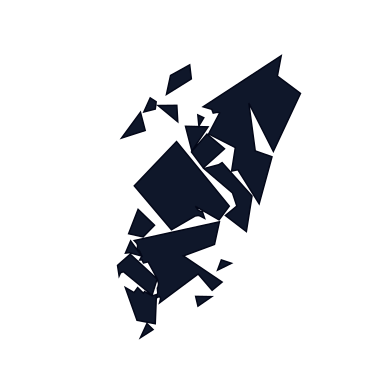 outline of Kepulauan Aru, Maluku, Indonesia, rotated 194°
{"feature_id": "22746128B17511076551422", "entity_name": "Kepulauan Aru", "entity_type": "district", "adm_level": 2, "iso_a3": "IDN", "parent_name": "Indonesia", "parent_adm1": "Maluku", "projection": "mercator", "projection_center": [134.564, -6.213], "detail": "medium", "context": "isolated", "style": "filled", "palette": "ink", "viewbox_px": 384, "rotation_deg": 194, "n_neighbors": 0, "source": "geoboundaries", "source_scale": "gbopen_adm2", "svg_char_len": 1894}
<svg xmlns="http://www.w3.org/2000/svg" viewBox="0 0 384 384"><g transform="rotate(194 192 192)"><path d="M124.0,196.8L122.9,245.5L140.6,247.2L158.4,292.1L122.9,251.1L110.6,313.9L137.2,325.1L138.4,345.8L201.8,277.4L192.8,277.0L190.5,273.7L187.3,275.2L185.1,275.7L184.3,275.4L189.9,252.4L160.7,245.6L158.6,221.9L152.9,224.7L124.0,196.8ZM249.5,184.0L202.8,150.4L183.1,169.5L180.3,170.7L178.4,170.7L173.4,169.5L176.9,175.0L177.4,175.3L179.6,175.3L181.4,175.8L182.0,176.1L182.4,177.1L182.6,176.6L185.3,179.0L159.0,171.5L152.4,187.3L219.2,237.2L249.5,184.0ZM184.9,127.9L157.5,146.6L158.2,169.7L236.3,130.9L233.2,128.9L231.9,127.2L231.5,124.8L231.7,123.3L229.1,122.6L225.1,117.7L226.3,113.4L224.1,114.0L221.9,111.4L217.7,113.6L204.6,99.3L202.2,94.8L202.1,90.9L202.4,90.4L200.8,85.8L201.1,83.1L199.9,81.4L198.4,82.9L196.7,81.2L196.7,76.6L166.2,113.9L148.7,101.5L141.0,111.9L184.9,127.9ZM129.7,166.8L132.8,202.6L169.9,227.8L172.6,225.0L186.0,217.6L152.5,200.9L145.1,189.2L153.9,177.3L129.7,166.8ZM205.8,82.2L204.8,99.1L236.9,116.7L246.5,102.8L242.4,92.9L241.8,96.3L239.3,98.1L205.8,82.2ZM195.8,55.3L201.7,83.8L205.7,81.5L214.0,83.9L214.6,82.0L221.6,86.1L223.9,80.4L233.6,83.2L214.3,54.2L195.8,55.3ZM186.9,218.2L170.9,241.8L191.5,251.8L202.2,230.7L186.9,218.2ZM240.4,280.5L220.0,301.6L225.0,314.8L241.0,299.9L240.4,280.5ZM214.2,254.2L202.1,231.9L192.2,259.1L214.2,254.2ZM273.4,227.3L252.3,240.4L261.3,256.9L273.4,227.3ZM243.4,136.2L228.6,136.6L220.3,150.7L240.1,162.1L243.4,136.2ZM245.8,267.7L222.8,256.7L227.7,272.4L245.8,267.7ZM238.0,118.0L225.6,117.7L239.7,129.7L241.8,116.6L238.0,118.0ZM148.3,122.4L136.5,132.4L147.1,133.2L148.3,122.4ZM203.9,53.4L206.8,38.2L196.5,49.1L203.9,53.4ZM163.2,91.6L158.6,82.7L147.6,95.2L163.2,91.6ZM258.1,258.0L247.7,263.6L248.6,270.9L255.3,273.2L258.1,258.0ZM205.0,268.2L201.3,257.8L198.5,266.9L205.0,268.2Z" fill="#0f172a" stroke="#020617" stroke-width="1.5"/></g></svg>